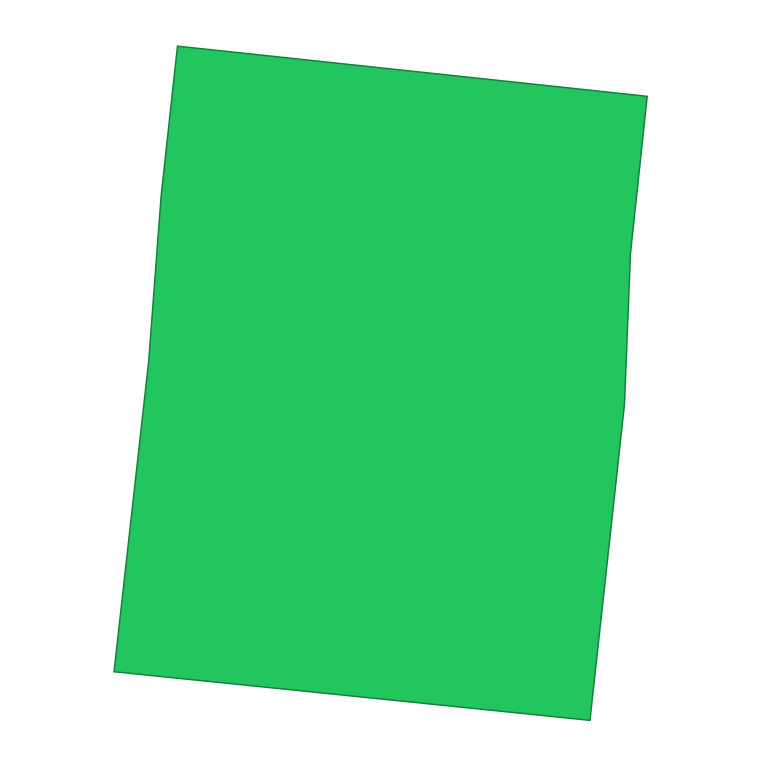 outline of Clarke, Iowa, United States of America, rotated 96°
{"feature_id": "52423323B49910355657657", "entity_name": "Clarke", "entity_type": "district", "adm_level": 2, "iso_a3": "USA", "parent_name": "United States of America", "parent_adm1": "Iowa", "projection": "mercator", "projection_center": [-93.837, 41.029], "detail": "fine", "context": "isolated", "style": "filled", "palette": "green", "viewbox_px": 768, "rotation_deg": 96, "n_neighbors": 0, "source": "geoboundaries", "source_scale": "gbopen_adm2", "svg_char_len": 275}
<svg xmlns="http://www.w3.org/2000/svg" viewBox="0 0 768 768"><g transform="rotate(96 384 384)"><path d="M69.6,624.7L220.3,625.3L385.8,620.4L698.4,622.4L697.0,144.0L379.2,142.7L228.7,152.5L70.4,152.3L69.6,624.7Z" fill="#22c55e" stroke="#15803d" stroke-width="1.5"/></g></svg>